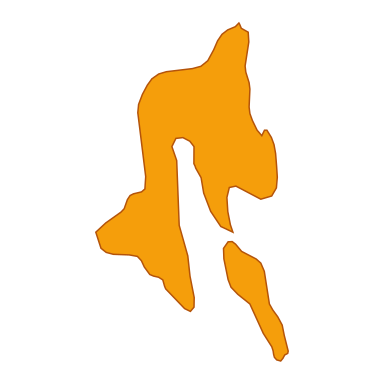 the border of Southern Leyte
{"feature_id": "PHL-2585", "entity_name": "Southern Leyte", "entity_type": "Province", "adm_level": 1, "iso_a3": "PHL", "parent_name": "Philippines", "parent_adm1": "", "projection": "equal_earth", "projection_center": [125.092, 10.27], "detail": "fine", "context": "isolated", "style": "filled", "palette": "amber", "viewbox_px": 384, "rotation_deg": 0, "n_neighbors": 0, "source": "natural_earth", "source_scale": "10m", "svg_char_len": 1537}
<svg xmlns="http://www.w3.org/2000/svg" viewBox="0 0 384 384"><path d="M238.9,23.0L239.6,24.2L241.3,28.3L248.2,32.2L248.8,42.0L245.1,66.0L245.8,72.1L249.1,82.7L249.9,89.1L249.1,107.0L249.9,113.6L252.4,120.5L257.1,130.2L261.8,135.7L264.5,130.2L266.9,130.2L271.4,137.5L274.0,144.6L275.6,153.5L276.6,166.2L277.3,177.2L276.4,187.9L271.7,196.0L260.8,199.2L235.9,186.1L229.3,187.5L226.9,197.5L227.8,211.6L230.4,224.8L232.9,232.2L220.8,226.5L210.7,211.4L203.7,193.1L201.1,177.7L195.7,168.1L195.1,166.2L193.9,163.7L194.0,146.6L189.8,141.2L182.9,137.6L175.9,138.4L171.9,146.6L176.7,160.6L179.2,225.4L187.8,255.9L190.0,276.1L194.2,297.6L194.0,307.2L190.4,311.4L184.6,308.6L165.7,288.9L164.6,286.3L162.8,279.9L158.5,277.2L153.6,276.1L149.8,274.5L144.3,267.0L141.4,260.7L137.4,256.4L129.2,254.9L113.3,254.3L106.2,252.4L101.0,248.3L95.8,232.2L105.8,222.9L121.0,212.1L124.2,208.7L127.4,199.6L130.1,195.5L133.5,193.8L141.5,191.9L144.9,189.0L145.7,176.6L137.8,112.7L138.6,104.4L142.4,94.4L147.3,85.2L151.9,78.8L158.7,74.0L166.4,71.7L192.4,68.6L200.9,66.3L207.8,60.7L213.7,49.8L217.6,40.8L222.0,34.3L227.7,29.9L235.3,26.7L238.9,23.0ZM284.2,335.2L288.2,351.1L287.7,353.4L284.7,355.0L282.9,358.4L280.7,361.0L276.7,359.9L274.4,357.3L273.6,354.3L273.1,350.8L271.8,346.8L263.3,333.4L249.9,304.0L237.8,294.3L231.0,287.2L228.1,279.6L223.9,258.9L223.5,248.4L228.1,241.8L232.2,241.6L235.6,244.2L241.6,251.4L256.2,259.0L260.8,263.1L264.3,271.3L269.4,304.0L272.8,310.0L277.8,316.9L282.2,325.1L284.2,335.2Z" fill="#f59e0b" stroke="#b45309" stroke-width="1.5"/></svg>